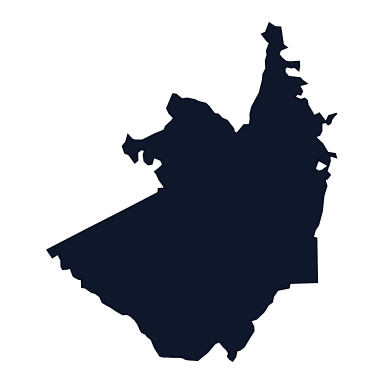 Santa Rosa, Rio Grande do Sul, Brazil (Equal Earth projection)
{"feature_id": "56859067B17988346737710", "entity_name": "Santa Rosa", "entity_type": "district", "adm_level": 2, "iso_a3": "BRA", "parent_name": "Brazil", "parent_adm1": "Rio Grande do Sul", "projection": "equal_earth", "projection_center": [-54.489, -27.84], "detail": "fine", "context": "isolated", "style": "filled", "palette": "ink", "viewbox_px": 384, "rotation_deg": 0, "n_neighbors": 0, "source": "geoboundaries", "source_scale": "gbopen_adm2", "svg_char_len": 2721}
<svg xmlns="http://www.w3.org/2000/svg" viewBox="0 0 384 384"><path d="M106.9,305.0L111.0,307.2L116.7,311.1L122.7,314.5L127.2,314.2L130.4,315.9L134.6,319.6L136.9,322.6L138.6,325.6L140.1,329.5L141.9,332.4L145.1,333.6L147.7,336.7L151.3,339.5L153.1,343.9L154.8,347.9L157.3,351.8L159.9,355.9L163.7,356.9L166.4,356.7L172.0,357.1L177.9,357.1L182.1,357.4L185.7,359.2L189.8,359.8L194.0,360.0L197.5,360.4L207.4,352.4L210.2,349.2L215.1,343.4L219.4,341.7L223.1,346.3L226.8,349.9L228.8,353.3L227.6,356.5L229.8,359.2L232.6,361.0L235.5,356.9L236.8,350.6L239.8,350.1L244.0,346.9L250.3,336.5L253.8,331.0L253.5,326.5L250.6,320.8L256.6,318.9L260.4,315.2L263.7,312.1L265.9,308.8L268.2,304.9L272.2,302.1L273.3,296.5L277.7,290.1L289.0,287.8L289.8,283.2L313.6,282.4L317.3,282.3L316.6,238.2L313.0,237.4L315.1,229.9L318.4,224.9L322.1,211.3L323.7,195.7L326.7,185.9L324.8,179.5L327.3,178.8L330.2,174.9L326.7,171.2L328.6,165.8L330.1,161.0L329.6,155.5L336.3,157.5L335.2,153.8L327.7,152.5L322.4,143.6L319.2,140.7L315.2,136.7L319.6,135.1L321.7,130.8L321.6,123.4L325.9,122.1L319.3,113.2L314.2,115.8L310.7,109.7L307.9,105.0L307.2,100.6L304.8,98.4L300.8,99.7L294.8,97.0L297.2,93.9L300.7,94.9L302.4,91.3L299.3,85.5L306.8,83.6L302.4,80.4L300.3,78.0L288.5,76.6L285.0,72.5L284.8,68.6L287.0,66.6L291.2,67.7L294.7,67.1L298.7,70.6L299.4,66.7L299.2,61.5L289.9,62.1L285.9,61.5L282.1,58.4L278.7,54.2L280.4,50.1L286.9,47.4L283.2,44.8L280.6,27.2L275.0,26.9L269.3,23.0L265.7,32.4L261.7,34.1L267.0,40.8L269.6,43.0L266.6,51.0L267.3,54.9L265.6,60.6L266.0,68.6L263.1,74.4L262.7,79.9L259.5,92.8L251.9,106.9L250.2,114.2L250.5,119.3L249.3,124.9L244.0,124.9L236.9,133.4L234.2,132.1L233.4,128.6L227.1,120.5L222.1,118.4L218.3,114.3L214.4,113.8L211.3,109.7L209.2,106.8L205.8,103.5L198.7,101.8L194.9,99.9L187.4,98.3L181.9,99.1L176.1,94.4L172.9,94.0L166.8,108.4L169.3,113.4L173.9,118.0L171.5,121.0L166.0,126.0L164.0,130.3L154.7,134.1L142.2,140.3L134.9,140.3L132.0,139.2L127.9,134.7L126.0,141.9L122.5,146.2L124.9,153.0L128.8,154.5L131.5,158.2L134.8,162.8L137.6,160.3L137.4,152.5L141.3,149.3L144.8,150.4L143.4,154.9L144.3,161.2L148.0,164.5L151.8,164.0L153.9,157.3L160.9,160.2L162.9,164.9L158.5,168.8L154.8,171.7L156.9,174.4L159.1,179.5L165.2,188.2L158.5,188.7L158.2,192.6L137.3,203.5L128.4,208.1L116.0,214.5L99.5,222.9L88.7,228.4L47.1,249.9L52.4,257.6L57.9,254.0L61.1,260.4L61.2,266.6L62.7,269.3L66.8,269.0L70.4,267.9L72.0,272.8L73.5,276.4L78.6,279.1L81.6,279.5L81.8,287.3L85.4,287.8L88.9,290.4L91.4,292.1L95.2,293.2L99.8,296.5L102.4,302.4L106.9,305.0ZM328.6,165.8L321.6,170.8L318.0,171.2L315.0,168.8L318.4,160.1L328.6,165.8ZM325.9,122.1L328.1,124.7L330.6,123.1L331.6,119.5L334.1,116.2L336.9,113.4L328.8,115.8L325.9,122.1Z" fill="#0f172a" stroke="#020617" stroke-width="1.5"/></svg>